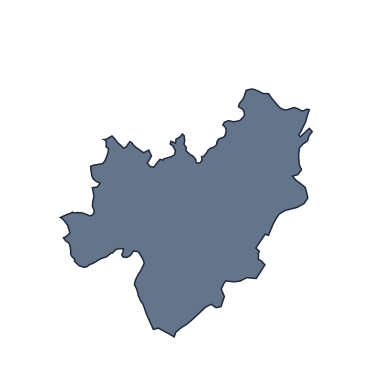 Kirkuk, At-Ta'mim, Iraq, rotated 35°
{"feature_id": "34846034B87837000735792", "entity_name": "Kirkuk", "entity_type": "district", "adm_level": 2, "iso_a3": "IRQ", "parent_name": "Iraq", "parent_adm1": "At-Ta'mim", "projection": "natural_earth1", "projection_center": [44.437, 35.515], "detail": "fine", "context": "isolated", "style": "filled", "palette": "slate", "viewbox_px": 384, "rotation_deg": 35, "n_neighbors": 0, "source": "geoboundaries", "source_scale": "gbopen_adm2", "svg_char_len": 3448}
<svg xmlns="http://www.w3.org/2000/svg" viewBox="0 0 384 384"><g transform="rotate(35 192 192)"><path d="M98.8,288.3L101.7,288.3L105.9,289.5L109.2,290.6L112.9,293.5L115.2,295.3L115.2,298.1L114.3,301.0L112.9,303.3L116.6,304.5L120.8,304.5L123.6,306.8L126.4,309.7L128.3,312.6L130.7,313.8L134.4,314.3L135.3,316.1L141.9,317.2L147.0,315.5L148.9,313.2L149.8,310.3L151.7,307.4L153.1,304.5L155.0,299.9L157.8,295.8L159.2,294.1L160.6,288.9L162.0,287.2L162.5,283.1L164.8,280.2L168.5,277.9L169.9,280.8L170.4,283.7L172.8,284.8L176.0,283.1L177.9,279.6L177.9,273.9L181.2,272.1L183.0,272.1L188.6,274.4L191.0,275.6L193.8,277.9L195.2,286.6L195.2,290.1L196.1,296.4L198.0,301.0L201.7,302.8L205.5,305.7L207.8,308.0L213.0,310.9L216.2,312.0L219.5,314.3L224.2,317.8L227.0,319.5L234.0,323.6L238.7,326.5L239.3,326.7L242.4,322.8L254.4,321.4L260.5,320.9L259.3,316.7L259.3,315.3L261.2,308.8L263.8,302.8L265.3,296.7L267.6,286.0L269.1,278.6L272.1,273.0L278.1,273.0L281.5,269.3L278.5,259.1L274.0,256.3L271.7,254.9L270.6,249.3L270.6,245.6L278.1,241.4L282.6,237.2L286.0,230.7L293.6,226.4L294.2,226.0L293.5,209.8L288.6,208.8L285.9,208.8L284.8,208.8L283.3,206.5L281.8,204.6L281.1,201.9L276.5,201.4L276.2,193.9L276.2,188.8L276.1,184.6L279.5,183.7L277.2,173.5L276.9,172.1L276.1,164.6L276.1,160.0L278.7,154.0L280.7,151.6L287.0,144.2L290.4,137.2L290.4,130.7L286.6,127.0L282.1,123.3L274.6,122.8L270.8,122.8L265.2,121.4L267.1,119.1L268.6,117.2L268.9,113.0L268.9,111.2L268.2,110.2L266.7,109.8L263.7,107.5L258.4,100.9L257.3,99.1L254.7,94.0L255.4,88.9L256.2,87.0L257.3,83.7L255.8,79.6L255.8,73.5L251.6,72.6L249.0,84.7L246.8,84.2L246.4,78.6L245.6,74.4L244.9,69.8L244.1,67.0L243.0,64.7L240.9,57.3L238.5,58.3L237.2,60.9L235.3,62.6L230.9,63.2L227.2,64.2L226.1,65.5L224.5,67.8L222.2,70.7L219.5,72.0L217.4,72.4L214.5,72.4L206.8,70.4L203.1,69.4L198.4,67.5L196.0,69.1L193.4,70.7L189.2,71.1L183.9,72.4L182.0,73.3L179.7,75.6L178.0,77.7L179.7,82.9L180.6,86.8L180.1,92.1L181.2,95.5L186.1,95.2L188.8,96.5L191.0,99.2L191.0,101.0L190.3,105.8L188.4,108.1L185.8,110.6L183.5,111.6L180.9,112.6L178.5,116.4L178.8,119.5L181.5,119.5L184.4,121.6L185.8,124.2L186.9,128.0L185.3,130.5L183.5,133.2L183.5,135.9L184.0,137.6L184.6,137.6L184.9,139.7L184.9,140.7L183.4,143.9L182.1,145.5L181.2,148.7L181.4,150.3L181.4,152.7L181.2,155.9L179.5,157.5L181.0,159.3L181.9,160.4L181.9,163.1L179.7,165.5L178.2,165.2L176.5,163.3L172.6,162.0L168.5,162.3L163.4,161.7L161.7,158.8L158.0,157.5L156.5,154.0L153.1,150.3L150.9,150.0L150.5,154.3L148.6,157.7L150.5,161.5L145.6,162.5L146.6,165.2L149.9,165.2L154.8,167.8L156.3,171.6L155.2,174.2L153.1,177.1L149.9,181.1L149.9,182.6L147.1,183.5L146.6,188.7L146.6,193.3L143.3,195.1L138.7,193.9L138.7,191.0L138.2,185.8L132.6,182.4L131.7,184.1L129.8,187.6L126.1,187.6L120.9,187.6L120.6,187.6L119.5,187.4L118.8,187.5L118.6,187.6L117.7,187.4L114.5,186.1L112.3,186.3L112.1,189.5L112.4,192.6L110.7,195.3L107.0,194.7L102.5,194.2L97.6,192.6L94.3,192.0L92.8,195.1L91.7,197.8L89.8,199.5L91.4,199.2L93.8,201.2L95.7,204.3L98.8,204.4L100.9,208.6L101.9,212.3L102.7,216.1L102.6,219.8L100.8,221.7L95.7,226.9L94.2,229.2L96.8,232.2L100.4,235.9L102.9,237.7L107.4,238.3L111.6,237.5L111.5,242.4L107.8,245.6L111.1,248.7L114.4,252.1L116.1,256.6L118.5,260.7L122.5,263.3L123.8,265.7L123.3,268.8L121.8,270.3L118.9,270.7L114.2,272.1L112.4,272.9L111.7,274.0L110.9,273.9L109.7,274.7L107.8,276.6L105.6,277.1L105.0,278.6L103.5,280.7L102.2,282.6L101.0,284.7L98.8,288.3Z" fill="#64748b" stroke="#1e293b" stroke-width="1.5"/></g></svg>